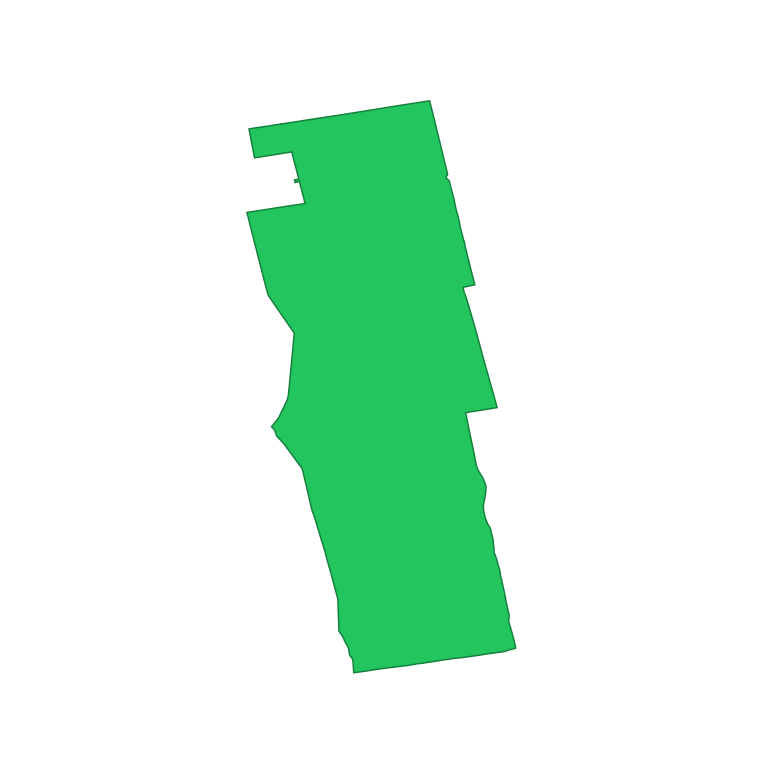 outline of Ulmeni, Buzau, Romania, rotated 20°
{"feature_id": "2599482B81185008860025", "entity_name": "Ulmeni", "entity_type": "district", "adm_level": 2, "iso_a3": "ROU", "parent_name": "Romania", "parent_adm1": "Buzau", "projection": "albers", "projection_center": [26.636, 45.037], "detail": "fine", "context": "isolated", "style": "filled", "palette": "green", "viewbox_px": 768, "rotation_deg": 20, "n_neighbors": 0, "source": "geoboundaries", "source_scale": "gbopen_adm2", "svg_char_len": 3134}
<svg xmlns="http://www.w3.org/2000/svg" viewBox="0 0 768 768"><g transform="rotate(20 384 384)"><path d="M530.5,481.1L529.2,479.9L527.2,477.8L524.1,474.0L521.2,469.4L519.8,466.4L518.8,463.6L518.7,462.8L517.5,455.2L516.6,451.0L515.4,447.0L514.3,444.3L508.9,438.4L501.7,432.6L498.2,428.3L496.3,425.1L492.4,418.5L481.7,401.3L470.5,383.0L498.4,367.5L488.9,354.1L466.2,322.6L466.0,322.2L451.9,302.2L437.7,282.7L437.2,281.9L435.6,279.9L434.4,278.4L432.5,275.9L431.0,273.8L429.6,272.3L428.6,271.2L427.8,270.3L427.4,269.6L425.3,266.2L426.1,265.5L431.2,262.4L435.4,259.7L427.7,248.4L426.0,246.0L423.4,242.0L420.6,237.9L418.8,235.3L417.9,234.1L416.5,231.7L414.2,228.4L413.7,227.6L413.5,227.2L413.2,226.9L412.8,226.1L412.0,224.7L410.6,222.5L410.3,222.7L409.1,220.8L407.5,218.4L406.7,217.4L404.3,213.8L402.4,211.1L401.6,209.8L401.0,208.7L400.0,207.0L397.2,202.4L392.0,195.3L387.0,187.1L375.8,170.8L373.8,169.9L372.9,169.6L371.7,168.7L371.5,167.7L372.1,166.5L372.2,165.4L366.4,156.7L346.7,127.1L345.9,125.9L344.5,123.7L340.8,118.2L330.0,102.3L309.4,113.6L296.9,120.5L280.1,129.9L264.1,138.8L249.1,147.1L239.4,152.4L226.9,159.2L209.5,168.8L201.8,173.0L194.0,177.3L184.2,182.7L176.5,186.8L169.9,190.5L185.0,215.8L218.0,197.4L220.6,201.4L226.1,209.3L229.5,214.3L232.0,217.8L234.0,220.6L230.1,222.8L231.5,225.1L235.3,222.6L237.0,225.2L238.9,227.9L241.6,231.9L244.6,236.2L248.1,241.5L237.2,247.3L232.6,249.8L224.8,254.1L210.8,261.8L196.5,269.7L218.0,301.3L225.1,311.7L232.7,322.9L241.4,335.4L245.0,340.3L246.0,341.1L249.8,343.8L255.9,348.2L264.7,354.4L271.0,358.9L282.2,366.8L284.6,375.7L289.4,394.2L298.0,427.3L298.2,428.8L298.5,432.2L296.5,452.1L292.9,462.7L296.2,464.2L298.0,465.8L299.6,467.9L300.8,469.4L302.5,470.4L304.7,471.5L310.0,474.2L317.4,479.1L335.9,491.4L338.1,494.5L340.2,497.8L342.3,501.0L346.5,507.2L347.6,508.9L353.6,518.3L353.8,518.6L356.4,522.6L359.1,526.8L361.2,529.3L363.4,531.8L363.5,532.0L370.7,541.5L375.1,547.4L376.4,549.2L381.7,556.2L383.4,558.5L385.2,560.8L386.5,562.7L387.1,563.6L388.6,565.7L389.9,567.6L391.2,569.4L392.0,570.6L399.3,580.6L403.2,586.3L405.4,589.3L414.2,601.9L420.0,616.3L422.3,622.0L423.6,625.1L426.3,631.8L431.8,635.6L434.6,638.6L435.3,639.3L438.0,641.6L439.7,643.2L441.3,644.8L444.1,650.0L444.9,651.0L446.5,651.8L448.0,652.9L449.1,654.0L449.5,654.7L451.9,660.2L454.3,665.7L459.2,663.1L461.2,662.1L464.9,660.1L475.9,654.0L486.4,648.6L503.1,640.1L510.9,635.6L516.1,633.0L517.6,632.1L520.0,630.8L522.7,629.4L535.3,622.4L539.8,620.0L543.1,618.2L549.6,615.1L555.3,612.1L562.3,608.4L569.5,604.5L572.2,602.9L575.1,601.4L583.6,596.9L588.0,594.6L598.1,587.1L593.9,580.3L588.3,572.5L582.7,564.9L582.1,564.1L581.8,562.1L581.0,559.1L580.3,557.8L578.6,555.1L577.1,553.0L575.9,551.0L574.5,548.9L572.7,546.1L571.4,543.6L565.4,533.9L562.7,529.8L561.6,527.7L560.1,525.8L558.5,523.4L557.7,521.5L557.1,520.4L555.5,518.0L554.3,516.5L553.3,515.3L552.5,514.1L549.9,510.3L547.2,507.0L544.9,504.4L544.5,503.4L543.8,501.2L541.5,496.9L540.0,493.4L538.9,491.8L537.6,489.7L535.7,487.1L534.6,485.2L534.5,484.9L533.7,483.8L533.3,483.2L533.1,483.0L532.8,482.8L530.5,481.1Z" fill="#22c55e" stroke="#15803d" stroke-width="1.5"/></g></svg>